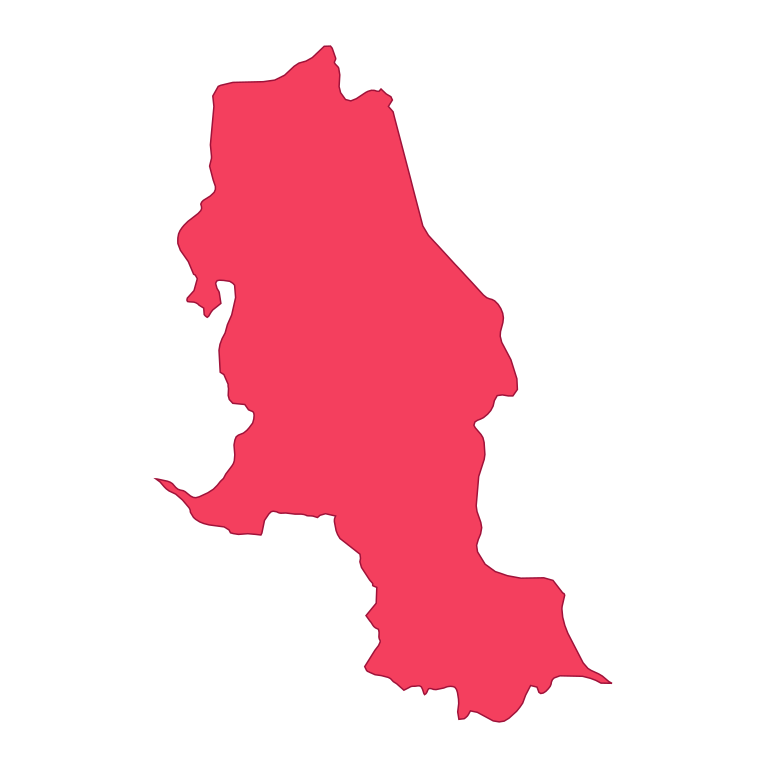 outline of Norte de Santander
{"feature_id": "COL-1421", "entity_name": "Norte de Santander", "entity_type": "Department", "adm_level": 1, "iso_a3": "COL", "parent_name": "Colombia", "parent_adm1": "", "projection": "orthographic", "projection_center": [-72.935, 8.085], "detail": "fine", "context": "isolated", "style": "filled", "palette": "rose", "viewbox_px": 768, "rotation_deg": 0, "n_neighbors": 0, "source": "natural_earth", "source_scale": "10m", "svg_char_len": 4752}
<svg xmlns="http://www.w3.org/2000/svg" viewBox="0 0 768 768"><path d="M330.5,46.1L332.2,48.2L335.7,58.3L335.6,59.3L334.5,61.8L334.4,62.8L335.4,64.2L338.0,66.9L338.7,68.1L339.8,74.9L339.1,86.6L340.6,92.7L345.5,99.5L350.8,100.9L356.3,98.7L365.8,92.4L368.0,91.3L371.4,90.3L374.5,90.4L376.9,91.2L379.0,91.3L381.0,89.0L386.3,94.0L390.9,96.7L392.4,100.0L388.4,106.4L393.1,111.8L394.4,117.1L397.6,129.3L400.8,141.5L404.0,153.7L407.2,165.9L410.4,178.1L413.5,190.3L416.7,202.5L419.9,214.7L422.8,225.9L428.4,235.3L433.4,240.8L438.9,246.7L444.3,252.6L449.7,258.5L455.1,264.4L460.6,270.2L466.0,276.1L471.5,282.0L476.9,287.9L483.4,295.0L486.7,297.7L489.5,298.8L492.1,299.5L494.7,300.9L494.8,301.0L498.1,304.3L500.8,308.5L502.7,313.2L503.4,317.9L502.9,322.5L500.5,331.6L500.2,336.1L501.7,342.3L510.9,359.7L516.9,378.8L517.4,389.5L512.9,395.9L508.2,395.9L502.4,394.9L497.2,395.6L494.4,400.6L493.1,406.1L490.8,410.5L487.6,414.2L483.5,417.6L480.5,419.1L477.4,420.3L474.9,422.0L473.9,425.3L475.2,427.7L481.0,434.5L482.9,437.6L484.1,442.4L484.9,454.5L484.2,459.4L478.7,476.5L476.2,505.8L477.0,511.5L480.8,522.4L481.7,527.7L480.6,533.9L478.3,539.5L476.6,545.3L477.5,551.8L485.1,564.2L495.3,571.6L500.5,573.3L507.4,575.7L521.0,578.2L543.8,577.8L553.0,580.4L562.6,592.8L564.1,593.7L564.7,595.2L562.1,606.5L561.9,608.9L562.7,617.2L564.8,625.4L567.8,633.2L583.1,662.8L587.9,668.4L591.1,670.4L598.7,673.9L602.4,676.1L608.9,681.6L612.0,683.3L601.0,683.1L595.7,680.3L590.4,678.3L582.6,676.3L560.0,675.8L554.2,677.9L552.4,679.7L551.4,682.1L551.1,684.1L550.2,686.3L548.4,688.7L545.9,691.3L543.3,693.0L540.7,693.5L538.9,692.3L537.0,687.1L530.6,685.5L525.6,695.2L522.7,703.1L519.9,707.2L516.6,711.3L509.0,718.2L504.2,721.1L499.2,721.9L493.2,720.9L477.3,712.3L470.4,710.9L468.3,714.7L467.4,716.0L465.6,717.7L464.2,718.7L458.9,719.3L457.7,711.9L458.7,703.6L458.5,699.1L457.5,692.6L456.5,689.5L454.9,687.3L453.2,686.6L450.7,686.3L448.6,686.5L446.9,686.8L443.8,688.0L436.0,689.6L433.5,689.4L431.4,688.7L429.9,688.5L428.6,688.8L427.9,689.8L426.8,692.4L425.9,693.7L424.6,694.6L423.9,693.6L422.6,689.5L421.3,686.8L419.4,685.8L417.5,685.9L415.6,686.2L412.0,686.3L410.6,686.7L408.6,687.8L403.9,690.2L396.6,683.7L393.4,681.7L390.5,678.6L388.2,677.4L381.4,675.6L375.0,674.7L367.6,671.4L366.6,670.5L364.7,666.6L374.9,650.3L378.5,645.6L380.2,641.9L380.1,640.5L379.3,639.0L378.9,637.0L379.1,632.6L378.8,630.6L378.3,629.2L375.5,627.9L373.9,626.6L372.9,625.3L371.0,622.3L369.8,620.9L366.0,615.6L376.2,603.2L376.8,587.4L373.0,585.8L372.7,585.3L372.7,583.5L369.6,579.9L361.5,567.5L359.9,561.8L360.5,558.3L360.0,554.2L340.0,538.5L337.6,534.5L336.1,530.6L334.4,521.7L334.4,519.8L334.6,518.5L335.6,516.0L325.5,513.7L320.0,515.3L317.5,517.5L313.0,516.1L311.4,515.9L307.9,515.8L306.7,515.6L305.8,515.1L303.9,514.5L301.1,514.1L294.9,514.1L285.9,513.0L280.8,513.2L279.1,512.9L277.6,512.3L276.7,511.8L273.2,511.2L271.2,511.7L268.9,513.9L264.5,520.4L261.9,533.0L260.9,535.0L255.8,534.4L247.8,533.7L238.5,534.4L233.4,533.6L230.5,532.8L229.0,529.9L224.1,526.9L209.1,524.9L203.7,523.5L199.7,521.9L195.6,519.3L193.5,517.4L190.7,512.8L190.3,511.9L190.3,510.8L190.0,509.6L189.1,507.8L182.5,500.0L175.7,494.1L169.0,490.9L166.2,488.8L164.3,486.9L160.0,481.9L155.9,478.9L157.2,479.0L167.5,481.2L170.2,482.2L172.5,483.7L175.7,487.4L177.9,489.2L180.4,490.1L183.3,490.7L185.2,491.7L190.5,496.0L193.3,497.4L195.8,497.7L199.2,496.8L207.8,492.8L213.4,489.2L217.4,485.2L220.3,481.5L223.5,478.4L225.8,474.0L232.0,465.8L233.4,463.5L234.3,460.8L234.8,454.9L234.0,445.0L234.9,440.0L236.2,436.8L238.4,435.1L243.4,433.1L246.8,430.4L249.2,427.7L252.7,423.0L253.8,418.9L254.1,415.4L253.8,413.2L253.1,411.9L252.0,411.2L251.0,410.9L248.5,409.8L244.8,404.5L232.8,403.3L229.3,399.5L228.2,395.5L228.5,388.5L228.1,386.2L228.1,384.2L223.9,374.6L220.2,372.2L219.0,350.2L220.0,344.3L222.1,338.6L225.1,333.0L227.4,324.7L231.7,314.9L235.6,297.6L234.6,285.2L232.9,283.3L229.7,281.3L223.5,280.4L219.5,280.2L217.2,280.6L215.9,282.5L215.7,283.7L217.0,288.4L218.9,291.5L219.3,292.9L220.9,303.4L212.7,310.0L211.1,312.1L208.6,316.3L207.2,317.3L205.5,316.1L204.2,314.6L203.7,308.1L199.2,305.3L197.7,303.8L195.7,302.7L193.8,302.1L189.2,301.8L187.5,301.5L186.9,300.1L187.3,298.1L194.0,290.6L197.3,278.7L195.3,275.1L193.6,274.2L188.3,261.6L180.4,250.3L177.9,243.6L177.8,240.9L177.9,237.8L178.6,233.9L180.0,230.7L182.1,227.6L184.1,225.2L187.9,221.4L198.1,213.5L200.8,210.6L201.6,208.6L201.5,206.7L200.8,204.1L201.7,202.1L203.3,200.4L210.3,196.0L214.2,192.3L215.4,189.4L215.4,186.4L213.2,180.0L209.6,166.1L211.5,158.3L211.5,156.2L210.4,144.9L213.9,106.5L212.8,96.0L218.2,86.4L220.7,85.3L232.9,82.4L263.2,81.7L274.7,80.1L284.6,75.2L294.1,66.3L298.9,63.1L306.0,61.1L312.3,57.6L324.2,46.3L330.5,46.1Z" fill="#f43f5e" stroke="#9f1239" stroke-width="1.5"/></svg>